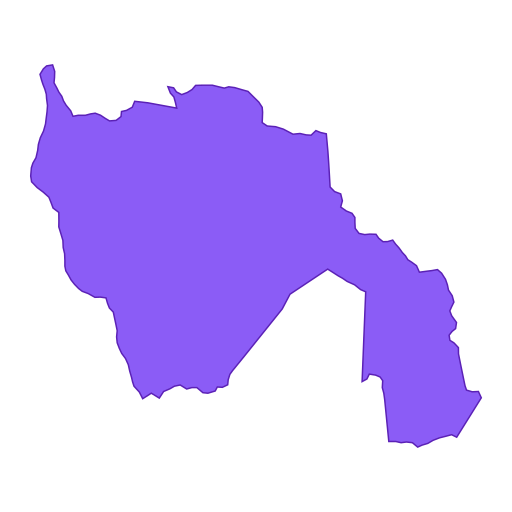 outline of Itapajé, Ceará, Brazil
{"feature_id": "56859067B91483000258384", "entity_name": "Itapajé", "entity_type": "district", "adm_level": 2, "iso_a3": "BRA", "parent_name": "Brazil", "parent_adm1": "Ceará", "projection": "albers", "projection_center": [-39.573, -3.737], "detail": "fine", "context": "isolated", "style": "filled", "palette": "violet", "viewbox_px": 512, "rotation_deg": 0, "n_neighbors": 0, "source": "geoboundaries", "source_scale": "gbopen_adm2", "svg_char_len": 2825}
<svg xmlns="http://www.w3.org/2000/svg" viewBox="0 0 512 512"><path d="M481.3,397.8L478.4,391.5L472.2,391.8L466.5,390.1L465.0,385.7L463.5,378.5L461.0,366.4L459.6,359.4L458.5,353.9L458.4,347.6L454.1,343.0L449.9,340.3L449.1,335.2L452.1,331.4L455.6,328.6L456.5,322.5L451.7,315.8L449.8,310.9L451.6,306.8L453.9,302.1L452.2,295.7L448.5,290.1L447.4,284.8L445.5,279.3L441.6,273.2L437.5,269.6L431.8,270.6L426.1,271.3L419.4,272.2L416.5,265.7L411.7,262.2L407.8,259.7L405.5,255.9L402.3,252.5L399.0,247.9L395.5,244.0L392.7,240.1L387.6,241.6L383.0,241.7L378.7,238.2L376.0,234.3L369.8,234.1L364.7,234.6L359.0,233.4L355.2,228.4L354.9,222.3L354.9,217.5L352.0,213.3L346.3,211.0L340.7,207.0L342.4,200.8L340.7,193.9L334.6,191.6L330.1,187.0L329.1,169.7L328.6,161.7L327.9,151.5L326.3,133.8L320.5,132.5L315.9,130.6L311.1,135.2L306.2,134.9L300.0,133.5L293.0,134.2L283.3,129.1L275.6,126.7L267.2,126.0L262.2,122.6L262.4,118.0L262.6,112.2L262.2,107.3L258.8,102.1L252.5,95.9L248.0,91.4L242.2,89.8L234.7,87.6L228.7,86.8L224.3,88.1L218.8,86.8L212.3,85.2L202.7,85.2L195.6,85.4L192.1,89.5L187.3,92.5L181.7,94.6L176.4,91.9L173.6,87.8L167.9,86.7L170.4,93.1L173.9,97.0L175.4,102.4L176.7,108.1L147.8,102.8L134.7,101.3L132.3,107.2L126.5,110.4L121.5,111.5L121.0,116.6L116.1,120.4L109.5,120.9L105.3,118.4L100.5,115.2L95.2,113.2L90.6,113.9L85.3,115.3L78.1,115.3L73.0,116.3L70.7,110.8L66.1,105.2L63.5,100.9L61.8,96.3L58.9,92.2L56.9,88.1L54.0,82.8L54.5,77.7L54.7,71.4L52.6,64.9L46.6,65.9L43.4,68.8L40.0,74.3L41.5,79.9L42.9,84.2L44.9,89.3L46.3,94.2L46.6,98.7L47.5,105.5L47.0,112.0L46.1,119.0L45.5,124.0L43.5,131.1L40.3,137.8L38.4,144.3L37.7,150.3L36.0,157.7L32.9,163.1L31.4,167.7L30.7,176.0L31.6,181.8L37.2,187.6L43.2,192.1L48.9,197.2L51.1,202.7L53.1,208.1L58.8,212.4L58.9,221.2L58.8,226.9L60.5,232.4L62.9,240.4L63.2,247.6L64.6,253.7L64.9,260.4L64.9,266.2L65.8,270.8L68.3,274.9L71.1,280.0L74.6,284.4L78.6,288.5L82.2,291.3L88.3,293.6L94.9,297.3L100.3,297.1L106.0,297.9L107.5,303.2L109.4,308.0L113.3,312.1L114.5,317.8L115.8,323.9L117.2,330.7L116.6,336.9L117.2,342.8L119.3,348.3L121.7,353.4L125.5,358.5L128.3,364.7L129.7,371.0L131.6,377.6L132.6,381.9L134.0,386.2L139.3,392.0L142.7,398.7L151.3,393.2L159.3,398.1L163.6,391.5L169.9,388.8L174.4,386.2L180.2,385.0L186.7,389.0L191.8,387.6L196.9,387.6L202.9,392.7L207.9,393.2L215.2,391.0L217.3,387.0L222.4,387.3L227.7,384.8L228.2,379.7L229.9,374.3L232.5,370.7L244.3,356.2L282.2,309.0L290.0,294.2L327.7,269.1L331.8,271.7L338.0,275.7L342.6,278.3L347.1,281.4L354.6,284.8L360.6,289.6L365.7,291.8L362.1,381.6L366.9,379.0L369.3,374.1L375.6,375.1L380.1,377.0L382.7,380.7L382.3,387.6L383.8,393.2L384.7,399.7L388.8,441.5L395.8,441.5L401.1,442.7L406.4,442.0L412.4,442.7L417.7,447.1L422.1,445.1L427.8,443.4L433.1,440.3L439.6,437.8L445.6,436.3L451.6,434.7L456.7,437.2L481.3,397.8Z" fill="#8b5cf6" stroke="#5b21b6" stroke-width="1.5"/></svg>